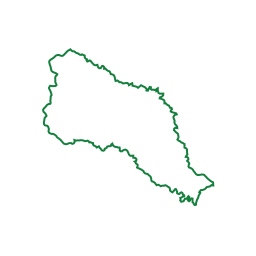 Lajeado Novo, Maranhão, Brazil (Mercator projection), rotated 215°
{"feature_id": "56859067B63412664256610", "entity_name": "Lajeado Novo", "entity_type": "district", "adm_level": 2, "iso_a3": "BRA", "parent_name": "Brazil", "parent_adm1": "Maranhão", "projection": "mercator", "projection_center": [-46.964, -6.103], "detail": "fine", "context": "isolated", "style": "outline", "palette": "green", "viewbox_px": 256, "rotation_deg": 215, "n_neighbors": 0, "source": "geoboundaries", "source_scale": "gbopen_adm2", "svg_char_len": 5086}
<svg xmlns="http://www.w3.org/2000/svg" viewBox="0 0 256 256"><g transform="rotate(215 128 128)"><path d="M96.3,162.2L97.2,163.2L97.3,165.2L96.8,166.1L95.9,167.1L97.0,167.6L98.8,167.0L100.5,166.4L102.5,166.0L103.0,167.4L102.7,168.6L103.9,169.4L105.1,168.7L107.2,169.8L108.5,169.6L109.8,169.5L111.4,169.9L112.3,169.1L113.6,171.0L114.7,171.5L117.6,171.0L119.0,170.4L119.4,171.4L118.4,172.8L117.9,174.8L118.8,176.4L120.4,175.3L121.4,174.5L122.9,174.1L124.0,174.9L124.9,175.6L125.9,174.3L126.9,175.4L128.1,174.5L129.5,173.8L130.4,172.9L131.9,173.1L132.6,174.5L133.8,174.0L133.1,170.0L134.4,169.3L135.1,170.7L137.7,171.1L139.2,170.8L141.8,170.5L142.8,166.7L144.5,166.8L146.1,166.2L148.6,165.2L150.2,167.1L151.0,165.8L151.7,163.6L153.2,164.5L154.6,164.4L156.6,162.6L157.7,161.6L158.9,161.6L160.1,161.5L161.4,160.5L162.6,160.9L164.0,160.8L165.1,159.4L166.2,160.3L167.8,161.8L168.7,162.5L169.9,163.1L171.1,163.0L173.1,162.3L174.5,163.3L175.6,163.8L176.8,163.4L179.0,163.3L180.6,163.8L181.5,162.8L182.7,164.3L183.8,164.5L184.8,164.0L184.7,161.5L185.6,160.6L186.6,160.4L187.9,161.0L189.3,162.2L190.6,160.7L191.7,160.3L192.8,160.4L194.2,160.7L195.9,161.1L197.3,161.6L198.4,161.2L198.7,160.1L199.5,159.1L200.7,159.6L201.0,160.7L202.6,160.5L203.9,161.0L205.0,162.5L206.3,162.2L207.8,162.0L208.3,161.0L209.8,160.4L210.9,160.4L212.1,160.4L213.0,159.9L214.1,159.8L215.3,160.0L216.5,159.7L217.4,159.1L218.7,159.0L220.3,159.4L220.9,158.0L221.6,156.7L221.9,154.9L222.3,152.1L222.7,150.1L223.5,149.1L225.0,148.5L226.2,148.3L227.6,147.4L228.6,145.9L229.1,143.4L229.5,142.1L230.7,139.2L230.8,137.5L229.9,136.3L227.9,134.7L226.8,134.0L224.3,131.6L223.1,130.8L221.8,130.8L218.2,131.5L216.8,131.5L216.6,130.4L216.9,129.3L216.8,128.1L216.1,126.9L214.8,125.3L214.2,124.3L213.2,123.4L211.9,122.8L211.1,121.9L211.6,120.7L213.5,119.2L215.9,118.0L216.0,116.9L215.7,115.5L214.5,114.6L213.5,114.2L212.4,113.5L211.6,112.9L210.2,111.9L209.4,110.9L209.5,109.7L208.9,108.7L208.0,107.3L207.1,105.5L205.7,104.2L205.7,103.0L206.8,102.1L207.6,100.2L207.6,98.5L207.8,97.2L208.1,95.9L208.0,94.3L207.3,93.4L206.3,92.8L204.4,92.5L203.1,92.1L201.7,91.2L201.9,89.6L202.0,88.2L201.2,86.7L200.6,85.4L200.0,84.1L199.0,83.0L197.9,82.6L196.9,82.8L195.5,83.5L194.3,83.3L192.3,81.9L191.2,79.7L190.0,78.9L188.3,79.0L187.1,79.4L186.1,80.2L184.4,80.5L182.3,80.4L181.0,79.8L179.6,79.7L178.2,79.7L176.3,79.6L173.8,78.9L171.8,78.4L170.1,78.8L168.8,79.7L168.1,81.0L167.2,82.1L166.0,83.0L164.6,83.0L163.6,84.3L163.7,86.0L165.0,87.4L163.3,87.9L162.2,89.0L161.1,89.6L160.1,90.6L158.7,91.6L157.2,92.2L155.7,92.5L154.8,93.3L153.9,94.4L152.4,94.6L151.5,94.0L150.5,94.9L149.3,95.0L148.0,95.6L147.3,94.6L146.2,94.0L145.2,94.3L143.7,94.4L142.4,94.1L142.0,95.1L141.3,96.3L140.1,95.6L138.5,95.4L137.4,94.9L136.3,94.7L135.1,95.3L134.6,96.3L135.2,97.7L134.6,98.5L134.1,99.6L134.4,100.9L133.3,102.1L132.4,102.7L131.6,103.9L132.3,104.8L131.9,106.2L130.5,105.3L129.0,105.0L127.5,105.2L126.5,106.0L124.8,106.3L123.7,107.2L122.5,105.9L121.8,104.8L120.7,104.7L119.6,105.4L119.2,106.9L118.5,108.0L117.6,108.9L115.8,109.0L114.6,108.5L113.5,107.8L112.2,107.0L111.2,106.6L109.8,106.7L108.7,107.7L107.8,108.4L106.7,106.7L105.6,107.2L104.5,107.7L103.0,107.1L102.4,105.6L103.3,104.4L102.2,104.2L101.2,103.5L100.0,103.5L99.0,103.4L98.3,102.4L97.9,100.8L96.6,101.0L95.1,101.3L93.0,101.6L91.6,101.6L90.5,101.6L89.4,100.8L87.9,100.7L86.8,101.0L85.6,101.6L84.0,101.3L82.4,101.2L81.1,100.8L80.0,99.9L79.1,98.7L77.8,98.0L76.2,98.5L74.3,98.4L73.0,97.9L71.7,97.6L70.8,98.8L69.5,99.1L67.8,99.1L66.8,100.5L65.4,101.4L64.7,102.5L63.4,102.8L62.0,102.8L59.8,102.9L58.6,102.0L57.6,100.9L56.1,100.7L54.7,100.8L54.5,102.3L54.3,103.4L54.5,104.5L53.8,105.4L52.3,104.7L51.1,103.9L50.3,102.7L49.0,102.9L48.1,103.3L48.0,104.6L47.4,105.9L46.2,106.0L44.8,104.9L43.4,105.1L42.8,104.3L43.6,103.4L44.3,101.9L45.1,100.7L44.0,99.7L43.7,98.6L42.1,98.1L41.2,99.2L40.5,99.9L40.6,101.0L40.8,102.8L39.5,103.5L39.4,105.0L39.4,106.8L38.2,106.6L37.9,104.6L37.3,103.1L36.0,103.0L35.6,104.2L36.1,105.5L35.8,106.6L34.7,107.2L33.6,105.8L32.7,104.3L31.4,104.1L30.0,103.3L29.0,103.2L28.3,104.3L29.0,105.1L29.5,106.3L29.9,107.6L30.3,108.8L30.5,111.0L31.4,113.4L31.4,114.7L31.6,116.3L32.8,116.3L32.7,118.9L31.5,119.8L30.6,121.1L30.0,122.0L29.7,123.4L29.7,124.6L27.2,127.4L26.9,129.1L25.2,129.8L26.3,131.3L27.3,132.3L29.0,132.0L30.5,132.0L31.7,132.1L33.4,132.2L34.9,132.5L36.1,132.8L37.5,133.0L38.6,133.3L39.9,132.9L41.1,132.0L42.3,130.8L43.2,130.0L44.1,129.4L45.8,129.2L48.1,130.0L49.4,130.3L50.8,131.0L52.4,131.3L53.8,131.1L55.4,130.7L56.5,131.3L57.2,132.9L57.4,134.0L58.7,134.7L60.7,135.0L60.5,136.8L61.4,137.9L62.8,138.2L64.1,137.5L64.3,138.8L64.2,140.5L65.2,141.4L66.3,142.8L67.4,144.3L68.7,144.7L70.4,144.3L71.2,145.2L71.7,146.3L72.5,147.3L73.5,147.1L74.7,147.2L76.0,146.7L77.9,147.0L79.5,146.6L80.9,146.9L81.0,148.5L81.6,149.8L82.9,151.1L84.1,152.0L85.8,152.0L87.5,152.3L89.1,152.6L89.8,154.1L89.3,155.4L87.6,156.2L88.7,157.4L89.9,157.8L91.8,158.2L93.2,159.2L94.1,160.8L94.9,161.4L96.3,162.2ZM126.9,175.4L125.7,176.6L126.4,177.6L126.9,176.6L126.9,175.4Z" fill="none" stroke="#15803d" stroke-width="2"/></g></svg>